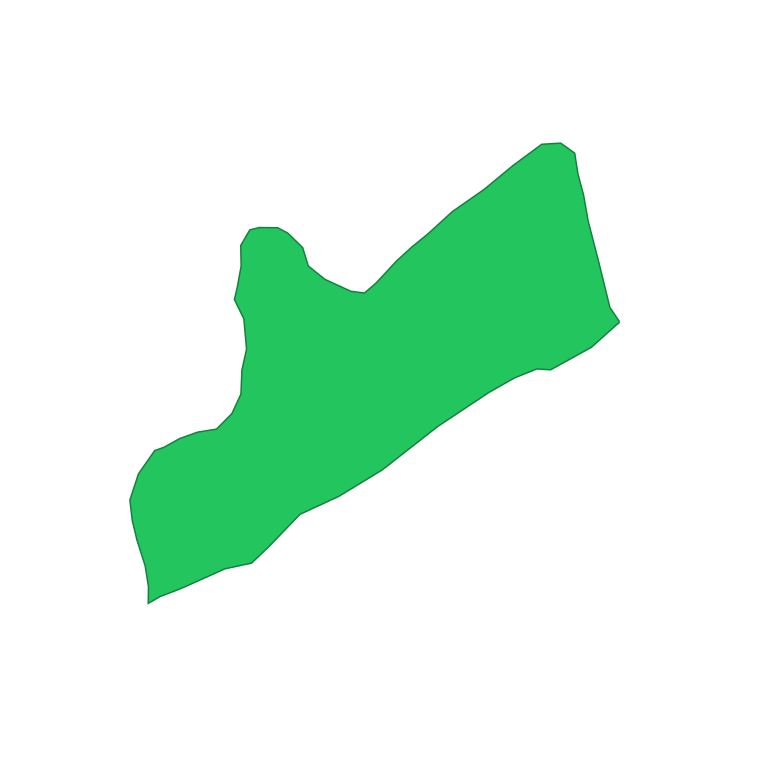 Timrå, Västernorrland, Sweden (Robinson projection), rotated 110°
{"feature_id": "70781695B55487721764807", "entity_name": "Timrå", "entity_type": "district", "adm_level": 2, "iso_a3": "SWE", "parent_name": "Sweden", "parent_adm1": "Västernorrland", "projection": "robinson", "projection_center": [17.343, 62.661], "detail": "fine", "context": "isolated", "style": "filled", "palette": "green", "viewbox_px": 768, "rotation_deg": 110, "n_neighbors": 0, "source": "geoboundaries", "source_scale": "gbopen_adm2", "svg_char_len": 926}
<svg xmlns="http://www.w3.org/2000/svg" viewBox="0 0 768 768"><g transform="rotate(110 384 384)"><path d="M246.1,184.0L244.4,184.7L234.8,197.9L196.4,223.6L161.0,247.9L138.0,261.2L120.3,273.6L101.9,283.7L97.2,300.3L104.8,317.8L134.7,337.6L166.9,356.5L198.4,378.6L228.3,394.3L245.2,404.4L263.7,414.1L292.1,426.1L305.2,433.5L308.2,446.9L305.9,475.2L299.0,495.5L283.6,507.1L275.1,526.1L273.5,537.3L279.7,554.9L285.1,562.8L302.8,566.0L322.0,558.6L343.6,554.9L355.7,553.5L370.7,538.0L398.2,525.1L419.5,522.3L442.4,515.0L463.8,516.8L483.7,526.0L492.9,542.6L505.1,557.3L518.9,569.3L525.0,576.7L552.5,584.0L580.0,583.1L598.3,573.9L615.1,562.8L636.5,546.3L654.8,536.1L670.8,530.5L660.3,521.7L645.8,505.0L612.1,470.3L597.6,447.2L577.2,437.0L535.1,418.3L505.0,388.0L465.4,356.3L405.3,318.8L355.9,282.4L333.7,263.5L317.6,245.6L313.7,232.3L278.5,201.6L248.6,185.6L246.1,184.0Z" fill="#22c55e" stroke="#15803d" stroke-width="1.5"/></g></svg>